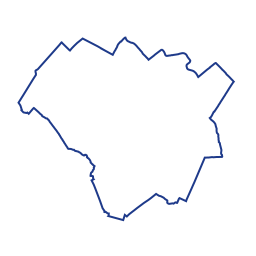 Brezoaele, Dâmbovita, Romania, rotated 177°
{"feature_id": "2599482B97549882427292", "entity_name": "Brezoaele", "entity_type": "district", "adm_level": 2, "iso_a3": "ROU", "parent_name": "Romania", "parent_adm1": "Dâmbovita", "projection": "albers", "projection_center": [25.752, 44.562], "detail": "fine", "context": "isolated", "style": "outline", "palette": "blue", "viewbox_px": 256, "rotation_deg": 177, "n_neighbors": 0, "source": "geoboundaries", "source_scale": "gbopen_adm2", "svg_char_len": 5597}
<svg xmlns="http://www.w3.org/2000/svg" viewBox="0 0 256 256"><g transform="rotate(177 128 128)"><path d="M43.0,184.1L46.0,182.1L47.6,180.9L54.4,175.8L55.2,175.2L55.4,175.5L55.7,176.2L55.9,176.8L57.0,178.7L57.7,179.7L58.7,180.6L59.3,181.2L60.2,181.7L60.9,182.0L64.3,183.1L65.2,183.6L65.8,184.3L65.9,184.6L65.9,184.8L66.3,186.4L66.3,187.0L66.2,187.6L66.1,187.9L65.7,188.4L65.3,188.7L63.7,189.8L63.0,190.3L62.8,190.6L62.5,191.2L62.4,191.5L62.3,191.9L62.4,192.3L62.9,193.1L64.0,194.6L64.7,195.7L65.2,196.6L65.4,197.2L65.7,197.7L66.1,198.3L66.7,198.9L67.7,199.5L68.5,199.8L68.8,199.8L69.7,199.9L70.6,199.8L71.7,199.6L72.9,199.4L73.7,199.1L76.4,198.8L78.7,198.6L79.9,198.4L80.3,198.5L81.0,198.4L82.0,198.2L83.2,198.2L84.4,198.0L85.2,198.0L85.7,198.0L86.3,198.3L86.5,198.4L86.8,198.8L86.9,199.1L87.2,199.9L87.4,200.6L87.7,201.5L88.1,202.3L88.5,202.9L89.0,203.6L89.3,203.9L89.9,204.3L90.7,204.3L91.1,204.0L95.7,200.9L97.3,199.8L98.4,198.9L103.9,195.1L104.7,196.3L105.3,197.0L105.5,197.1L106.8,198.7L108.5,200.5L109.4,201.5L110.0,202.9L111.0,204.2L111.7,205.0L112.7,206.4L113.9,207.8L115.0,209.3L116.3,210.8L117.6,212.0L119.1,212.8L119.8,212.9L121.0,213.3L122.2,214.0L123.4,214.6L124.3,215.3L124.9,216.2L125.5,217.4L125.8,218.4L126.5,218.3L128.5,216.6L130.2,214.8L130.5,214.6L130.9,214.7L131.6,214.0L133.1,212.5L133.7,211.7L134.4,210.4L134.5,209.9L135.3,208.5L135.9,207.7L136.4,206.7L137.5,205.2L138.5,203.5L139.4,201.9L148.5,207.5L148.4,207.5L154.1,211.2L168.6,219.7L174.3,215.6L177.3,213.0L180.0,210.5L181.9,208.4L182.2,208.6L188.9,215.9L189.8,217.0L190.0,216.9L191.4,215.4L191.8,214.9L197.8,208.8L214.8,191.6L215.5,191.1L216.7,190.6L216.9,190.4L217.0,190.3L217.3,190.1L217.4,189.9L217.4,189.7L217.4,189.3L217.4,188.9L217.4,188.7L217.3,188.2L217.2,187.8L217.1,187.4L217.1,187.2L217.2,185.8L217.3,185.7L220.0,182.0L231.7,165.1L231.8,165.0L236.0,159.0L234.6,156.7L234.2,155.9L234.1,155.4L233.5,153.3L233.4,152.3L233.1,152.0L233.1,151.8L233.5,151.3L231.7,149.2L231.4,149.0L228.6,148.3L228.3,148.4L227.9,148.6L227.7,148.7L226.4,147.4L221.8,152.3L221.0,152.9L220.7,152.7L216.3,148.3L215.0,146.8L214.4,146.3L213.4,145.4L213.3,145.0L213.0,144.3L212.7,144.1L212.3,143.9L211.0,143.1L209.5,142.0L209.0,141.8L208.7,141.8L208.2,141.7L207.9,141.4L207.5,140.7L207.3,140.5L207.1,140.3L206.8,140.1L206.4,139.5L206.1,138.8L205.7,138.1L204.5,136.4L202.6,133.5L202.3,133.2L202.1,132.8L200.2,130.0L199.8,129.5L198.7,127.7L198.1,126.7L197.6,126.1L197.4,125.9L197.2,125.1L197.0,124.8L196.5,124.2L196.4,124.0L196.3,123.6L195.4,121.9L195.0,121.1L194.1,119.9L194.1,119.6L193.3,118.2L193.0,117.9L192.4,116.5L191.9,115.8L191.1,114.3L190.1,112.6L189.9,112.3L189.5,111.7L189.2,110.8L188.8,110.4L188.6,110.3L186.3,110.1L185.7,109.9L184.4,109.3L184.0,109.1L183.4,109.1L183.1,109.1L182.9,108.9L182.4,108.2L181.9,107.9L181.0,107.6L180.6,107.6L179.8,107.2L179.3,107.2L179.0,107.0L178.5,106.8L178.0,106.3L177.6,106.1L177.2,105.9L176.9,105.7L176.3,105.1L175.4,104.0L175.0,103.8L174.0,103.1L173.5,102.9L173.0,102.9L172.9,103.0L172.7,103.3L172.3,103.5L172.1,103.5L171.6,103.2L171.4,103.3L171.3,103.2L171.2,103.0L170.7,102.8L170.6,102.6L170.4,101.7L170.2,101.2L170.3,101.0L170.4,100.9L169.8,100.1L169.2,99.9L168.8,99.5L168.6,99.1L167.9,98.3L167.1,96.5L167.2,95.9L167.0,95.3L166.3,94.6L166.2,94.5L165.6,93.7L165.2,93.5L164.9,93.0L164.6,92.7L163.4,91.7L163.7,91.0L164.2,90.4L164.2,90.2L164.2,89.5L164.2,89.2L164.4,88.5L164.6,88.3L164.8,88.1L165.3,87.7L165.5,87.0L165.7,86.4L165.9,86.1L166.2,86.0L166.5,85.8L167.1,85.3L167.4,84.7L167.7,83.2L167.8,83.1L167.8,82.9L167.9,82.6L167.9,82.1L167.3,82.0L167.0,82.2L166.9,82.2L165.9,81.8L165.5,81.6L165.5,81.2L165.5,80.8L165.4,79.5L165.5,79.3L165.5,79.2L165.4,79.0L165.0,78.6L167.1,77.6L165.2,73.3L163.8,69.2L159.7,56.5L159.2,54.8L157.5,49.0L157.1,48.5L156.6,47.5L156.3,47.2L155.8,46.4L155.9,46.1L156.0,45.8L156.0,45.4L155.7,45.3L155.4,45.2L154.7,45.3L154.2,45.1L153.1,44.0L152.0,43.6L151.7,43.6L151.7,43.3L151.9,41.5L151.9,41.4L152.2,41.1L148.8,40.0L137.6,36.3L135.7,41.4L133.8,39.7L131.4,41.8L128.4,43.9L126.2,45.4L122.8,47.8L115.9,52.4L111.5,55.0L108.8,56.8L103.4,60.7L101.6,59.4L100.6,58.7L99.9,58.5L98.7,58.1L96.0,56.5L95.8,56.3L94.9,55.3L94.0,54.6L93.1,54.0L92.6,53.6L92.5,53.4L92.7,52.0L92.7,51.4L92.5,51.0L92.4,50.9L92.0,50.6L91.3,50.2L90.8,50.1L90.4,50.1L87.6,50.4L86.9,50.3L86.5,50.1L85.7,50.5L85.0,51.0L84.6,51.2L84.3,51.2L83.8,51.1L83.1,50.6L82.9,50.6L82.6,51.0L82.5,51.3L80.8,54.8L80.5,55.0L80.2,55.3L73.8,51.9L73.2,53.5L67.5,64.6L66.8,66.0L66.6,66.4L66.3,67.0L64.7,70.1L60.7,78.3L53.1,93.9L52.9,94.4L48.8,94.3L46.1,94.5L45.3,94.5L44.3,94.3L41.1,94.4L35.9,94.2L35.5,94.3L35.4,94.5L35.6,96.3L36.1,96.8L36.3,97.5L36.4,98.1L36.2,99.1L36.1,99.4L36.0,100.2L35.9,100.5L35.9,100.9L35.9,101.4L37.0,106.8L37.0,107.3L37.1,107.9L37.2,108.3L37.6,108.8L37.9,109.0L38.1,109.3L37.9,110.1L38.1,110.7L38.2,111.9L38.1,112.8L38.2,114.0L38.3,115.1L38.2,115.6L38.1,116.1L38.3,117.0L38.6,117.5L38.8,117.8L39.2,118.1L39.5,118.7L39.6,119.4L39.7,120.6L39.6,122.1L39.5,122.4L39.6,123.0L40.2,125.2L40.4,126.4L40.6,127.4L41.5,128.9L42.4,130.0L44.8,132.2L45.2,132.8L45.8,133.7L44.8,134.4L44.7,134.5L43.6,136.0L41.9,139.0L41.7,139.4L41.3,139.7L40.8,140.2L40.7,140.1L38.1,143.6L37.5,144.4L36.8,145.3L36.3,146.2L34.7,148.3L34.3,149.0L31.1,153.4L30.7,154.0L29.4,155.7L29.1,156.3L27.2,158.9L24.5,162.8L23.9,163.6L22.4,165.7L20.4,168.3L20.0,168.7L20.1,168.8L20.8,169.8L22.4,171.6L24.0,173.5L25.4,175.0L26.8,176.4L27.3,177.3L27.5,177.7L29.9,180.5L30.8,181.3L31.2,181.9L33.0,184.0L36.9,188.3L37.1,188.3L38.2,187.8L39.6,186.7L42.3,184.8L42.6,184.5L43.0,184.3L43.0,184.1Z" fill="none" stroke="#1e3a8a" stroke-width="2"/></g></svg>